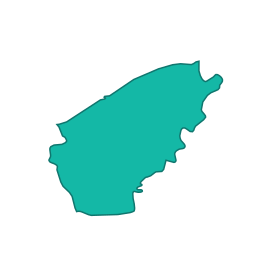 an SVG outline of Bari, rotated 308°
{"feature_id": "ITA-5403", "entity_name": "Bari", "entity_type": "Province", "adm_level": 1, "iso_a3": "ITA", "parent_name": "Italy", "parent_adm1": "", "projection": "albers", "projection_center": [16.754, 40.964], "detail": "fine", "context": "isolated", "style": "filled", "palette": "teal", "viewbox_px": 256, "rotation_deg": 308, "n_neighbors": 0, "source": "natural_earth", "source_scale": "10m", "svg_char_len": 1941}
<svg xmlns="http://www.w3.org/2000/svg" viewBox="0 0 256 256"><g transform="rotate(308 128 128)"><path d="M87.0,69.9L88.6,71.5L95.0,75.9L133.2,89.0L136.5,91.8L137.6,91.8L137.6,90.2L138.6,90.2L142.0,93.7L169.8,102.7L193.5,115.7L205.4,124.3L210.9,129.8L217.0,138.9L219.2,140.1L221.9,140.9L224.3,142.8L216.7,148.7L213.8,152.7L212.3,155.9L211.9,157.6L211.9,159.5L212.4,160.6L213.4,161.2L220.8,163.9L223.3,164.1L224.3,164.4L225.2,165.8L225.5,168.0L225.3,170.4L224.5,172.4L223.2,173.5L221.6,173.9L218.2,173.9L216.0,175.4L213.6,175.3L206.8,171.6L202.6,170.5L194.6,170.9L187.6,174.5L186.6,175.9L185.8,179.8L185.2,181.6L184.3,182.5L181.1,182.5L171.1,180.1L168.9,180.4L166.7,181.2L164.8,181.1L163.5,179.1L163.3,174.7L163.0,172.7L161.7,171.2L160.3,170.9L158.6,171.2L153.7,173.6L152.1,175.3L150.8,177.4L150.0,181.9L149.4,183.5L148.3,184.5L146.6,184.5L145.6,183.9L142.9,181.4L139.9,180.2L138.4,180.1L136.9,180.4L135.8,181.2L132.1,185.7L131.2,186.1L130.3,186.1L129.2,185.4L126.0,177.8L117.3,181.6L114.6,181.4L111.1,177.5L110.6,177.0L109.5,176.6L104.4,175.3L101.1,173.3L100.5,172.6L99.2,172.1L93.7,171.3L92.3,171.6L91.7,172.2L91.9,172.9L92.0,173.6L91.7,174.1L90.8,174.1L87.9,172.3L86.8,172.0L85.7,172.3L85.4,172.9L85.4,173.5L85.7,174.1L87.0,175.8L87.4,176.4L87.6,177.0L87.5,177.7L87.0,178.2L86.2,178.1L85.2,177.4L83.7,175.7L82.6,173.6L82.1,172.3L81.7,171.8L81.1,171.5L80.2,171.7L79.7,171.9L79.2,172.2L75.6,175.4L72.0,179.6L69.0,182.5L67.8,183.3L66.5,183.9L65.0,183.3L62.7,181.8L53.6,173.3L38.3,154.9L36.6,152.9L35.4,150.2L33.5,143.4L33.0,142.0L32.3,140.8L31.6,139.9L30.5,139.0L32.4,135.5L39.7,126.1L41.2,121.6L42.1,112.7L44.1,108.3L51.3,97.8L54.2,96.1L54.8,94.8L54.5,92.1L53.5,88.9L53.2,87.3L53.7,85.8L54.4,85.3L57.5,84.7L58.9,83.8L62.7,79.9L64.1,78.9L65.8,78.7L69.0,80.2L74.4,86.0L77.6,87.6L79.0,87.8L79.9,87.7L80.5,87.1L81.3,85.6L81.9,84.0L81.7,82.9L81.5,82.0L81.5,81.2L86.3,73.0L87.0,69.9Z" fill="#14b8a6" stroke="#0f766e" stroke-width="1.5"/></g></svg>